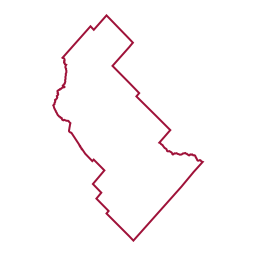 the district of Alberti, Buenos Aires, Argentina
{"feature_id": "61730980B40572574294935", "entity_name": "Alberti", "entity_type": "district", "adm_level": 2, "iso_a3": "ARG", "parent_name": "Argentina", "parent_adm1": "Buenos Aires", "projection": "equal_earth", "projection_center": [-60.326, -35.028], "detail": "fine", "context": "isolated", "style": "outline", "palette": "rose", "viewbox_px": 256, "rotation_deg": 0, "n_neighbors": 0, "source": "geoboundaries", "source_scale": "gbopen_adm2", "svg_char_len": 4265}
<svg xmlns="http://www.w3.org/2000/svg" viewBox="0 0 256 256"><path d="M132.9,42.7L129.5,39.1L106.5,15.4L93.8,29.8L90.5,26.3L62.5,57.8L62.8,58.0L63.3,58.0L63.7,58.2L64.0,58.4L64.3,58.8L64.5,59.4L64.6,59.9L64.5,60.2L64.4,60.5L64.6,60.9L64.4,61.1L64.1,61.2L64.2,61.6L64.2,62.0L64.0,62.3L64.0,62.5L64.1,62.8L64.4,62.9L64.8,63.2L64.8,63.6L64.9,64.2L65.4,64.5L66.0,64.7L66.2,64.8L65.9,65.2L65.8,65.6L65.6,66.0L65.4,66.7L65.4,67.1L65.4,67.5L65.5,67.8L65.9,68.4L66.1,68.6L66.0,69.3L66.1,69.8L66.3,70.3L66.4,70.8L66.3,71.2L66.4,71.7L66.4,72.1L66.3,72.7L66.2,72.9L65.9,73.3L65.7,74.1L65.9,74.5L65.9,75.1L65.8,75.7L65.6,76.2L65.5,76.5L65.4,77.1L65.4,77.5L65.6,78.0L65.5,78.5L65.5,79.1L65.4,79.4L65.2,79.7L65.1,80.0L65.2,80.9L65.3,81.2L65.3,81.8L65.1,82.2L64.9,82.5L64.8,83.0L64.8,83.6L64.5,83.9L64.0,84.2L63.7,84.5L63.5,84.9L63.3,85.2L63.1,85.3L62.9,85.5L62.7,85.8L62.9,86.1L63.1,86.1L63.3,86.0L63.7,86.2L64.1,86.5L64.4,86.7L64.5,87.0L64.1,87.3L63.8,87.4L63.3,87.3L63.1,87.4L62.8,87.5L62.5,87.6L62.2,87.8L61.9,88.0L61.7,88.2L61.4,88.5L61.1,88.8L60.9,88.8L60.5,88.8L60.2,88.9L59.9,89.2L59.8,89.5L59.7,89.8L59.4,89.9L58.8,89.9L58.4,90.2L58.2,90.4L57.9,90.6L57.4,91.1L57.5,91.6L57.7,92.1L57.9,92.4L57.6,92.9L57.5,93.2L57.7,93.5L57.9,93.7L58.1,93.8L58.2,94.4L58.1,94.7L57.8,95.1L57.5,95.4L57.3,95.5L56.9,95.9L56.8,96.0L56.9,96.6L57.1,96.9L57.3,97.2L57.1,97.6L57.0,97.9L56.9,98.4L56.6,98.7L56.3,99.0L56.0,99.3L55.7,99.7L55.3,99.7L55.0,100.0L55.1,100.5L55.3,101.0L55.1,101.6L55.1,102.1L54.8,102.4L54.7,102.8L54.4,103.2L54.5,103.8L54.5,104.2L54.0,104.6L53.5,105.0L53.3,105.4L53.5,105.6L53.7,106.1L53.8,106.7L54.0,107.2L54.1,107.7L54.2,108.1L54.5,108.5L54.7,108.9L54.8,109.4L55.1,109.8L55.3,110.2L55.6,110.7L55.8,110.9L55.8,111.4L56.0,111.9L56.3,112.2L56.6,112.5L56.7,112.9L56.9,113.3L57.1,113.7L57.3,114.2L57.4,114.3L57.5,114.5L57.7,114.8L57.8,115.1L58.0,115.3L58.3,115.5L58.5,115.6L58.7,115.9L58.8,116.2L59.1,116.5L59.6,116.7L59.9,116.8L60.2,117.0L60.4,117.6L60.7,117.8L60.9,117.8L61.3,117.8L61.6,118.0L61.8,118.2L61.8,118.5L61.9,118.8L61.9,119.1L62.1,119.4L62.3,119.8L62.8,120.1L63.4,120.3L63.8,120.0L64.1,119.8L64.6,120.0L65.1,120.2L65.7,120.5L66.1,120.6L66.8,120.8L67.6,120.8L68.1,120.8L68.6,121.1L69.0,121.7L69.4,122.2L69.9,122.7L70.4,123.1L70.3,123.7L70.1,124.3L70.0,124.7L69.9,125.4L69.8,126.1L69.7,126.6L69.5,127.6L69.4,128.2L69.3,129.2L69.1,129.9L69.0,130.7L69.1,131.4L69.6,131.9L70.1,132.3L70.3,132.4L70.8,132.6L71.1,132.8L71.4,132.8L78.9,144.2L79.9,146.3L80.2,146.1L81.6,149.0L81.9,148.8L85.2,153.7L92.3,161.1L93.7,159.6L104.4,170.4L92.9,184.0L101.3,192.7L96.4,198.6L108.6,211.0L106.5,213.5L129.4,236.4L133.4,240.6L181.4,186.7L193.6,172.0L202.7,161.9L202.2,161.7L201.9,161.6L201.6,161.5L201.3,161.3L201.0,161.0L200.8,160.6L200.5,160.3L199.9,160.1L199.6,160.2L199.2,160.4L198.9,160.5L198.5,160.7L198.1,160.7L197.6,160.5L197.3,160.2L197.1,159.6L196.9,159.2L196.7,158.7L196.3,158.4L196.3,158.0L196.1,157.4L195.8,157.2L195.5,156.8L195.4,156.4L195.2,155.7L194.6,155.3L194.2,155.2L193.7,155.3L193.2,155.3L192.8,154.9L192.2,154.4L191.7,154.5L191.3,154.7L190.8,154.4L190.4,154.4L190.0,154.6L189.8,155.0L189.5,155.2L189.2,155.4L188.8,155.3L188.5,155.2L188.3,155.0L188.0,154.7L187.6,154.4L187.3,154.3L186.9,153.8L186.3,153.8L186.0,153.6L185.6,153.3L185.3,153.0L184.9,153.1L184.4,153.2L184.1,153.3L183.8,153.5L183.3,153.4L183.0,153.4L182.7,153.6L182.2,154.0L181.9,154.3L181.5,154.5L181.0,154.5L180.5,154.6L180.1,154.7L179.5,154.6L179.1,154.3L178.5,154.1L178.1,154.0L177.6,153.9L177.2,153.6L177.0,153.4L176.5,153.2L176.0,153.4L175.5,153.5L175.1,153.4L174.7,153.3L174.2,153.5L173.9,153.9L173.5,154.2L173.2,154.4L172.9,154.5L172.4,154.2L172.3,153.8L172.2,153.4L172.0,153.0L171.6,152.7L171.4,152.3L171.0,152.1L170.5,151.9L170.1,151.6L169.7,151.3L169.4,151.1L168.9,151.2L168.5,151.3L168.2,151.3L167.7,151.3L167.3,151.1L167.0,150.8L166.9,150.4L166.8,150.0L166.6,149.5L166.4,149.1L166.0,148.8L165.7,148.6L165.4,148.3L164.8,148.1L164.4,147.7L164.2,147.4L163.8,146.9L163.6,146.6L163.2,146.2L163.0,145.8L162.7,145.3L162.4,144.9L161.8,144.7L161.4,144.3L160.9,144.0L160.7,143.7L160.4,143.2L160.2,142.9L159.8,142.9L159.5,142.8L159.3,142.7L170.3,130.1L156.3,116.1L136.4,96.4L139.2,93.1L129.4,83.0L112.5,65.9L129.4,46.9L130.6,45.4L132.9,42.7Z" fill="none" stroke="#9f1239" stroke-width="2"/></svg>